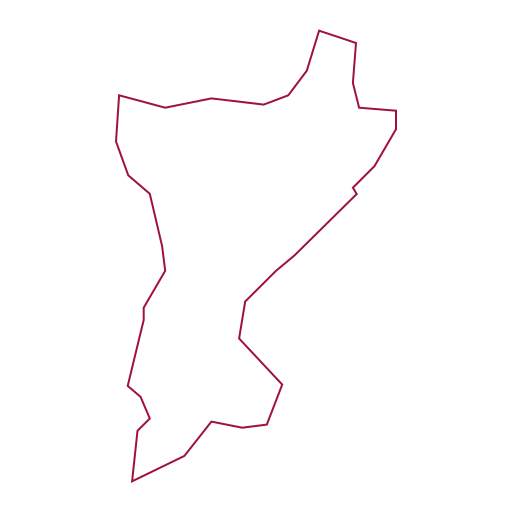 outline of Daedeok-gu, Daejeon, South Korea
{"feature_id": "91817680B29564477042831", "entity_name": "Daedeok-gu", "entity_type": "district", "adm_level": 2, "iso_a3": "KOR", "parent_name": "South Korea", "parent_adm1": "Daejeon", "projection": "mercator", "projection_center": [127.445, 36.4], "detail": "fine", "context": "isolated", "style": "outline", "palette": "rose", "viewbox_px": 512, "rotation_deg": 0, "n_neighbors": 0, "source": "geoboundaries", "source_scale": "gbopen_adm2", "svg_char_len": 563}
<svg xmlns="http://www.w3.org/2000/svg" viewBox="0 0 512 512"><path d="M119.1,95.3L116.0,141.5L128.3,175.4L149.8,193.8L162.1,246.1L165.2,270.8L143.7,307.7L143.7,320.0L127.7,385.9L140.6,396.9L149.8,418.5L137.5,430.8L132.1,481.3L184.4,455.9L211.4,421.6L242.2,427.7L266.8,424.6L282.2,384.6L239.1,338.5L245.2,301.5L276.0,270.8L294.5,255.4L356.7,194.0L352.9,187.7L374.5,166.1L396.0,129.2L396.0,110.7L359.1,107.7L352.9,83.0L356.0,43.0L319.1,30.7L306.8,70.7L288.3,95.3L263.7,104.6L211.4,98.4L165.2,107.7L119.1,95.3Z" fill="none" stroke="#9f1239" stroke-width="2"/></svg>